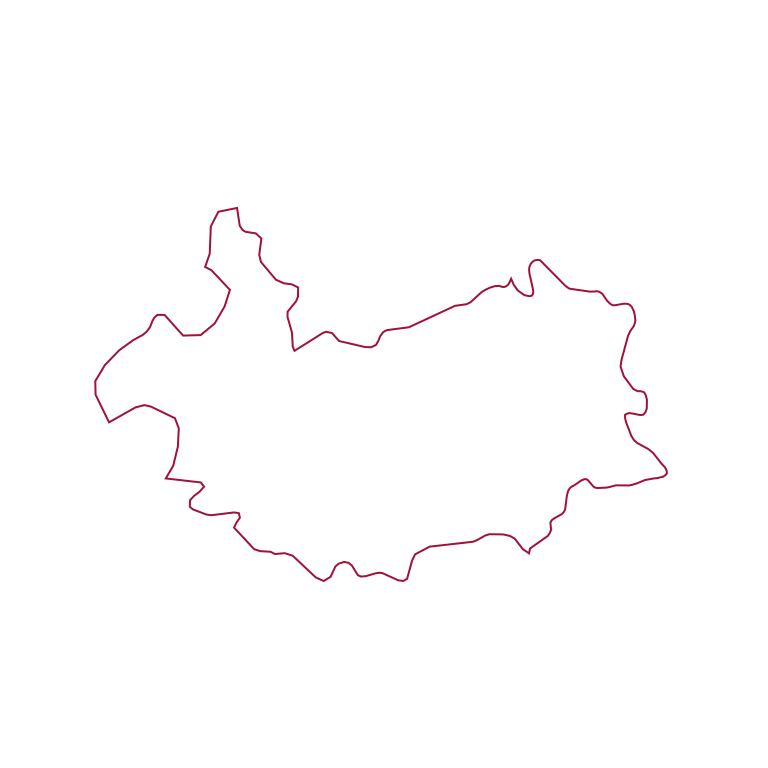 an SVG outline of Firenze, rotated 55°
{"feature_id": "ITA-5386", "entity_name": "Firenze", "entity_type": "Province", "adm_level": 1, "iso_a3": "ITA", "parent_name": "Italy", "parent_adm1": "", "projection": "mercator", "projection_center": [11.33, 43.844], "detail": "fine", "context": "isolated", "style": "outline", "palette": "rose", "viewbox_px": 768, "rotation_deg": 55, "n_neighbors": 0, "source": "natural_earth", "source_scale": "10m", "svg_char_len": 3021}
<svg xmlns="http://www.w3.org/2000/svg" viewBox="0 0 768 768"><g transform="rotate(55 384 384)"><path d="M185.5,463.4L185.4,463.2L177.3,452.0L155.6,435.5L147.9,420.9L155.5,403.4L171.6,411.4L176.9,411.5L179.9,410.1L187.1,402.6L194.5,401.0L206.6,412.1L213.6,414.8L236.6,412.7L243.9,408.4L249.8,402.1L255.7,399.0L263.2,404.4L265.8,408.6L269.5,421.5L273.8,424.6L289.1,429.9L301.2,437.4L305.5,438.2L307.1,405.1L307.9,401.6L312.4,397.4L323.1,396.1L342.9,378.3L346.5,373.5L347.4,368.2L345.4,363.9L342.7,359.8L341.1,355.1L341.2,352.3L341.8,350.2L351.8,331.1L360.7,281.0L366.0,270.6L366.7,266.0L364.7,251.6L365.0,246.8L365.9,241.8L367.4,237.1L369.6,233.4L372.2,231.5L373.3,230.3L374.0,228.2L373.9,225.7L373.1,223.5L370.7,219.5L377.1,220.8L384.1,220.8L391.6,218.1L395.4,214.7L396.4,212.3L395.8,210.4L394.3,209.0L392.3,207.8L377.4,201.7L373.6,199.6L372.0,198.2L370.8,196.7L369.7,194.8L369.2,192.7L369.0,190.4L369.7,188.4L370.8,186.5L372.3,185.1L407.7,179.1L412.2,177.5L426.3,162.5L428.5,159.4L429.2,158.1L429.9,156.6L431.9,154.8L435.4,153.4L443.9,153.5L448.1,152.7L450.7,151.5L451.9,149.8L455.7,141.7L456.9,140.0L458.2,138.4L460.2,137.3L463.0,136.8L467.4,137.6L470.3,138.5L476.3,141.7L478.0,143.6L479.9,146.3L481.7,151.4L484.3,156.2L500.3,175.4L505.5,180.3L515.2,183.1L519.3,183.0L530.6,182.7L533.0,181.7L535.6,180.1L536.8,178.3L538.3,176.8L540.1,175.7L543.4,176.0L547.6,177.6L554.8,182.8L557.2,186.3L557.8,189.3L556.9,191.2L555.5,192.8L549.9,198.2L548.4,200.0L547.7,202.1L547.5,204.2L550.1,206.0L554.4,207.7L568.5,211.2L573.2,211.4L577.4,210.5L588.9,204.8L594.9,203.1L607.6,202.4L608.9,202.3L612.9,201.7L615.0,201.8L617.4,202.3L619.3,203.4L620.1,205.6L620.0,208.7L617.7,214.3L616.1,217.2L612.4,225.2L610.4,234.1L609.0,238.3L607.7,241.4L600.0,252.2L597.5,259.0L596.3,261.5L591.6,268.9L590.1,270.4L588.2,271.3L580.5,272.0L578.3,272.6L576.8,274.6L576.2,277.8L576.1,286.2L575.7,289.0L576.0,291.7L577.2,294.5L580.3,298.2L590.8,307.7L591.9,309.9L592.6,312.8L591.7,321.6L591.8,324.8L593.0,327.2L596.5,329.2L599.1,330.5L601.3,333.9L602.4,336.8L602.5,358.7L605.9,362.3L599.0,365.0L585.6,365.6L580.7,368.0L575.6,372.6L567.6,383.7L566.2,387.8L565.3,397.1L564.3,401.5L543.4,439.9L541.4,456.2L544.7,462.2L556.8,476.8L556.5,481.0L552.9,485.0L538.1,493.7L536.1,495.8L534.5,498.8L531.0,509.0L528.5,513.3L525.6,515.1L514.3,514.4L510.2,515.6L506.9,518.7L505.2,524.1L505.6,528.5L511.3,538.3L510.8,546.4L503.4,550.8L472.2,557.3L465.6,562.4L460.7,570.9L456.3,573.2L449.9,581.3L444.8,585.1L415.6,589.2L412.9,584.3L410.9,578.8L406.6,577.0L403.2,580.5L392.4,600.8L389.0,604.4L377.2,612.4L373.2,613.5L368.0,609.6L366.7,603.9L366.5,597.1L364.9,590.3L359.6,590.5L336.2,616.9L330.1,603.6L317.1,588.8L302.6,577.5L292.1,574.9L268.6,588.0L263.8,592.5L260.6,601.1L257.7,631.2L227.3,626.4L216.0,618.8L208.4,601.8L204.5,581.6L204.2,564.5L205.4,553.5L205.0,548.3L203.3,543.2L199.4,537.3L197.9,534.1L197.4,529.9L201.6,524.1L229.1,520.8L238.8,506.1L237.3,487.9L229.0,470.0L218.5,456.2L191.8,460.1L185.5,463.4Z" fill="none" stroke="#9f1239" stroke-width="2"/></g></svg>